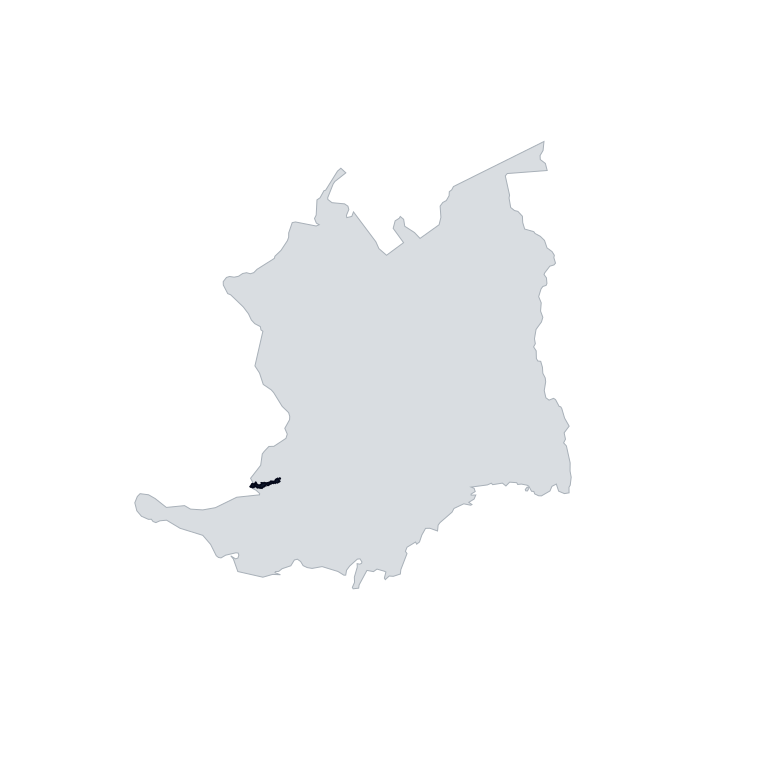 Convención, Norte de Santander, Colombia (highlighted), rotated 233°
{"feature_id": "7082276B19250418981939", "entity_name": "Convención", "entity_type": "district", "adm_level": 2, "iso_a3": "COL", "parent_name": "Colombia", "parent_adm1": "Norte de Santander", "projection": "mercator", "projection_center": [-73.204, 8.833], "detail": "fine", "context": "in_parent", "style": "filled", "palette": "ink", "viewbox_px": 768, "rotation_deg": 233, "n_neighbors": 0, "source": "geoboundaries", "source_scale": "gbopen_adm2", "svg_char_len": 7890}
<svg xmlns="http://www.w3.org/2000/svg" viewBox="0 0 768 768"><g transform="rotate(233 384 384)"><path d="M437.2,129.3L430.2,132.3L416.4,135.9L406.9,151.5L400.5,154.2L392.5,163.5L386.7,174.9L382.2,198.2L370.4,217.9L371.4,218.8L376.1,217.9L380.5,215.8L382.1,216.4L383.7,219.9L389.0,220.7L393.3,236.6L401.4,244.7L402.3,247.9L403.4,254.5L400.5,258.5L399.6,273.0L402.2,276.6L408.3,278.1L412.3,287.1L414.8,289.2L418.5,290.6L427.4,289.2L443.5,290.7L447.2,290.4L456.3,287.3L467.7,291.2L476.1,291.8L499.0,319.0L501.3,318.3L504.2,319.8L510.0,317.1L515.0,316.6L521.6,318.0L530.2,318.0L547.6,315.2L550.2,313.6L559.7,315.2L562.5,317.2L563.9,322.3L562.8,325.4L559.5,328.6L557.6,332.6L557.3,337.6L555.6,341.2L552.5,343.6L551.3,347.0L552.0,351.6L550.3,372.1L551.7,373.8L552.7,382.2L556.6,393.1L558.6,396.2L562.0,398.8L568.1,407.8L566.7,410.8L551.0,424.9L550.2,428.1L553.2,426.8L558.0,428.1L559.7,431.5L571.4,441.3L571.2,445.0L574.5,452.4L573.9,454.0L582.0,475.0L582.3,479.4L575.6,480.6L575.3,466.6L574.3,463.7L566.7,451.2L565.2,450.2L560.1,451.6L551.6,460.9L547.7,462.2L544.5,460.9L541.3,455.5L539.3,454.4L537.2,459.1L539.8,463.2L502.5,463.1L495.2,461.4L485.3,463.5L485.1,484.7L502.8,485.0L507.6,491.1L507.2,496.0L508.0,497.8L503.7,498.8L497.5,495.5L486.6,499.5L478.6,500.4L478.0,523.8L482.8,529.7L492.3,535.9L493.6,540.2L493.0,544.2L495.2,549.3L498.3,551.9L498.3,554.9L499.9,558.3L481.4,657.7L474.8,651.6L472.5,646.1L469.2,643.9L463.0,645.6L456.3,642.8L477.9,609.1L477.2,606.1L459.2,597.9L457.3,595.8L448.7,591.4L444.0,592.6L441.3,594.8L434.7,595.5L429.4,591.9L423.1,589.6L415.5,595.3L413.3,595.2L407.9,597.7L402.1,598.6L394.6,596.1L388.6,597.9L384.3,597.5L382.7,595.7L377.3,593.7L376.8,591.4L378.3,587.3L376.0,579.1L375.1,577.7L371.0,577.6L366.2,574.6L365.2,572.8L366.3,569.5L365.4,566.6L360.7,560.1L354.2,558.4L348.0,552.9L341.7,551.0L338.8,547.1L336.1,538.3L329.6,531.4L325.1,529.1L323.6,525.8L318.9,525.5L312.6,521.0L309.8,520.7L307.8,522.8L302.0,520.6L297.0,517.3L291.8,516.4L288.4,514.4L282.3,508.0L275.6,505.0L271.8,506.1L270.5,510.8L268.3,511.6L260.7,510.4L259.4,511.4L257.4,511.2L248.1,507.7L238.9,506.5L236.6,498.5L230.7,495.7L228.9,492.0L224.8,492.4L209.0,485.2L202.5,480.2L196.9,477.4L191.1,471.8L190.2,469.6L185.7,466.3L187.9,462.1L193.3,459.0L200.4,461.4L201.2,456.5L198.7,452.2L199.9,442.4L201.7,440.2L205.6,438.2L208.0,439.0L209.5,437.3L215.3,438.1L217.0,437.4L221.4,433.5L223.3,430.3L225.3,430.6L230.0,425.3L229.2,420.0L233.6,418.9L238.2,410.2L240.2,410.0L241.2,405.8L249.3,391.5L246.4,393.2L243.2,392.1L243.7,387.3L242.8,386.7L240.1,390.5L237.9,386.7L238.5,380.5L234.8,381.7L235.0,380.3L240.3,375.6L242.5,365.0L240.7,361.2L239.6,345.3L238.7,342.3L234.4,338.3L241.2,333.8L243.7,330.3L240.6,323.3L236.5,317.3L236.4,313.7L238.8,314.1L239.8,304.2L237.5,300.4L234.7,300.3L225.6,285.7L222.4,282.7L224.8,275.7L227.5,272.6L227.0,267.3L228.8,267.5L232.7,272.4L234.3,271.6L240.4,267.0L240.5,262.7L245.4,258.2L238.5,243.2L236.2,240.9L239.0,236.1L240.6,236.3L243.3,241.1L247.6,244.1L253.9,252.5L256.7,254.4L254.7,256.2L254.3,258.2L255.2,259.3L258.8,259.6L260.2,257.3L259.3,247.1L257.8,242.0L254.4,238.4L255.5,236.9L262.0,234.4L275.4,224.7L280.0,215.6L283.6,212.2L287.6,210.1L292.4,210.6L296.2,209.4L297.4,206.5L294.9,200.2L297.8,191.5L297.7,187.1L299.5,184.4L298.9,183.4L294.0,186.5L299.0,180.4L302.6,171.0L322.2,154.4L334.9,158.4L339.0,158.2L333.7,160.2L332.9,162.6L334.7,165.1L336.7,165.8L338.3,164.2L342.6,154.5L343.2,149.2L345.1,147.4L347.8,146.7L360.3,149.0L372.2,148.2L391.5,134.3L406.1,128.4L409.6,122.7L410.6,118.4L413.2,116.8L416.0,116.8L417.7,114.4L424.3,110.7L431.5,110.3L439.1,113.5L442.6,119.3L443.2,123.2L437.2,129.3ZM215.5,436.3L214.6,437.0L212.9,435.8L212.3,434.1L213.4,432.9L214.7,433.3L215.5,436.3Z" fill="#d9dde1" stroke="#a8b0b8" stroke-width="1"/><path d="M371.0,244.4L371.3,244.4L371.6,244.2L371.8,243.9L371.8,243.7L371.8,243.4L371.7,243.2L371.6,242.9L371.7,242.7L371.8,242.5L371.7,242.4L371.8,242.3L371.9,242.2L371.9,242.3L372.0,242.2L371.9,242.2L372.0,242.1L372.1,241.9L372.1,241.7L372.4,241.6L372.4,241.4L372.5,241.4L372.6,241.5L372.6,241.4L372.8,241.2L373.0,241.2L373.1,241.3L372.9,240.8L372.9,240.7L372.7,240.5L372.8,240.2L372.7,240.2L372.7,239.8L372.7,239.6L372.6,239.3L372.2,239.1L372.2,238.8L372.1,238.7L372.2,238.1L372.3,238.0L372.5,237.8L372.4,237.5L372.6,237.1L372.6,236.8L372.6,236.7L373.0,236.7L373.3,236.5L373.3,236.3L373.5,236.2L373.8,235.9L373.9,235.6L374.1,235.5L374.5,235.3L374.5,235.0L374.4,234.9L374.5,234.6L374.4,234.4L374.4,234.1L374.4,233.8L374.4,233.5L374.3,233.2L374.7,232.9L374.8,232.6L374.7,232.3L374.9,232.0L374.9,231.8L375.0,231.7L375.4,231.4L375.4,231.1L375.5,230.9L375.4,230.8L375.5,230.7L375.8,230.3L376.1,230.2L376.2,229.9L376.4,229.8L376.4,229.5L376.6,229.5L376.7,229.3L376.8,229.3L377.2,229.0L377.3,229.0L377.3,228.4L377.5,228.4L377.5,228.1L377.5,227.9L378.0,227.7L378.0,227.4L378.3,227.1L378.5,227.1L378.8,226.9L379.0,226.6L378.8,226.5L378.5,226.4L378.2,226.3L378.1,226.2L377.9,226.2L377.9,225.8L377.9,225.7L377.7,225.4L377.6,225.2L377.9,224.9L378.0,224.4L378.0,224.2L378.2,223.8L378.4,223.6L378.6,223.2L378.8,223.0L378.8,222.9L379.0,222.7L379.3,222.6L379.7,222.6L380.0,222.5L380.3,222.1L380.7,221.9L380.9,221.7L381.1,221.8L381.2,222.1L381.3,222.3L381.5,222.4L381.7,222.5L381.8,222.5L382.0,222.5L381.9,222.4L382.0,222.3L382.1,222.2L382.3,221.9L382.2,221.7L382.4,221.7L382.2,221.4L382.3,221.2L382.2,221.1L382.3,221.0L382.2,220.9L382.2,220.7L382.1,220.4L382.1,220.5L381.9,220.3L381.9,220.2L381.9,220.3L382.0,220.2L381.9,220.1L382.0,220.0L382.1,219.9L382.1,219.7L382.3,219.5L382.6,219.6L382.9,219.5L383.0,219.5L383.3,219.2L383.5,219.2L383.6,218.7L383.8,218.5L383.8,218.4L383.7,218.3L383.6,218.2L383.5,217.7L383.4,217.5L383.3,217.3L383.1,217.2L382.9,217.0L382.6,217.1L382.5,216.9L382.8,216.8L382.8,216.3L382.9,216.1L382.7,215.9L382.6,215.5L382.6,215.3L382.2,215.3L381.7,215.6L381.6,215.8L381.7,216.0L381.6,216.4L381.4,216.5L381.1,216.6L380.9,216.5L380.6,216.8L380.4,217.0L380.1,217.0L380.1,217.4L380.0,217.5L380.0,217.9L380.0,218.1L380.0,218.4L379.9,218.4L380.1,218.7L380.2,218.8L380.3,218.9L380.4,219.0L380.4,219.3L380.6,219.4L380.4,219.6L380.4,219.8L380.2,219.7L380.0,219.8L379.8,219.8L379.7,219.8L379.4,220.1L379.2,220.0L378.9,220.2L378.6,220.0L378.4,220.3L378.4,220.5L378.2,220.5L377.7,220.4L377.8,220.6L377.6,220.6L377.3,220.7L377.3,220.8L377.2,220.9L377.0,221.1L377.0,221.3L376.7,221.4L376.7,221.5L376.4,221.7L376.4,221.9L376.2,221.9L376.1,222.4L376.0,222.2L375.6,222.4L375.4,222.4L375.4,222.5L375.3,222.8L375.2,222.9L375.2,223.0L374.9,223.1L374.7,223.3L374.5,223.5L374.5,223.8L374.4,223.8L374.3,224.1L374.2,224.1L374.3,224.7L374.5,225.1L374.4,225.2L374.5,225.4L374.4,225.5L374.4,225.8L374.2,226.1L374.1,226.3L374.2,226.7L374.1,226.8L374.2,227.0L374.4,227.2L374.3,227.3L374.5,227.6L374.4,227.7L374.3,227.8L374.5,227.8L374.4,228.0L374.5,228.1L374.6,228.4L374.5,228.5L374.6,229.2L374.5,229.4L374.3,229.4L374.2,229.5L374.3,229.6L374.2,229.6L373.9,229.6L373.7,229.8L373.2,229.9L373.0,230.2L372.7,230.4L372.7,230.5L372.6,230.9L372.8,231.1L372.7,231.3L372.8,231.6L372.7,231.7L372.6,231.9L372.7,232.0L372.9,232.3L373.0,232.5L373.3,232.7L373.3,232.9L373.1,233.0L372.9,233.0L372.6,233.1L372.4,233.1L372.2,233.4L372.3,233.6L372.2,233.9L372.2,234.0L372.4,234.1L372.3,234.4L372.4,234.5L372.3,234.8L372.2,234.9L372.0,235.1L371.9,235.2L371.6,235.5L371.4,235.6L371.2,235.7L371.2,235.9L371.3,236.0L371.2,236.5L370.9,236.9L370.8,237.0L370.7,237.0L370.5,237.3L370.3,237.4L370.4,237.5L370.5,237.9L370.5,238.0L370.4,238.0L370.2,238.4L370.1,238.6L369.9,238.8L369.7,238.9L369.6,239.0L369.2,239.3L369.1,239.6L369.1,239.9L369.2,240.1L369.2,240.4L369.3,240.6L369.1,240.7L369.0,241.1L368.9,241.2L369.0,241.7L368.9,241.8L368.9,242.2L369.3,242.3L369.7,242.2L369.9,242.2L370.0,242.1L370.3,242.2L370.7,242.4L371.0,242.8L371.2,243.0L371.3,243.5L371.2,243.7L371.0,243.9L371.0,244.2L370.9,244.2L371.0,244.4Z" fill="#0f172a" stroke="#020617" stroke-width="1.5"/></g></svg>